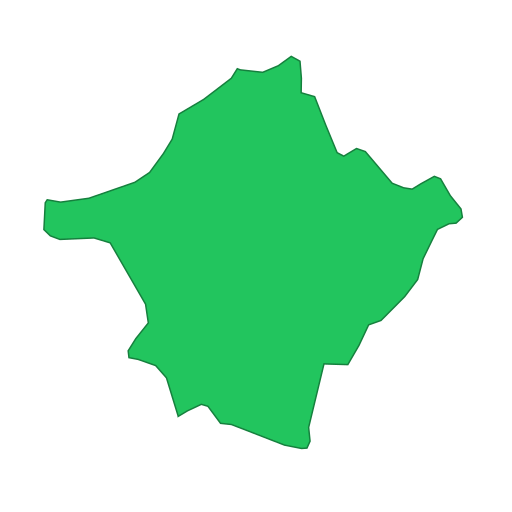 SVG path tracing the border of Kosovo, rotated 85°
{"feature_id": "XKX", "entity_name": "Kosovo", "entity_type": "country or territory", "adm_level": 0, "iso_a3": "XKX", "parent_name": "Europe", "parent_adm1": "", "projection": "equal_earth", "projection_center": [20.84, 42.557], "detail": "fine", "context": "isolated", "style": "filled", "palette": "green", "viewbox_px": 512, "rotation_deg": 85, "n_neighbors": 0, "source": "natural_earth", "source_scale": "50m", "svg_char_len": 1011}
<svg xmlns="http://www.w3.org/2000/svg" viewBox="0 0 512 512"><g transform="rotate(85 256 256)"><path d="M131.8,175.1L160.1,166.2L164.2,159.9L157.7,146.5L161.5,138.0L195.4,114.0L200.9,103.1L203.0,94.6L198.5,85.6L192.2,71.4L195.2,65.4L212.8,57.2L227.0,47.7L235.4,47.0L240.7,53.8L240.7,60.9L245.3,72.9L255.8,79.3L273.3,89.8L293.5,97.0L309.4,111.4L331.1,137.1L334.4,149.8L354.0,161.2L372.2,174.0L369.4,197.7L431.3,218.5L445.2,218.3L451.8,222.0L451.7,227.4L446.9,244.0L421.7,295.2L419.6,305.9L401.5,317.0L399.0,323.4L404.2,337.6L409.0,347.5L408.6,347.5L369.6,355.8L356.4,365.5L348.7,382.5L346.2,391.4L339.3,391.6L327.8,382.9L313.3,369.1L294.4,370.2L230.2,400.1L223.9,415.8L222.4,449.9L218.0,459.1L211.2,465.0L184.6,461.3L181.8,459.1L185.3,446.0L183.9,417.4L172.0,370.2L163.5,354.7L145.9,339.3L132.3,329.3L107.8,320.3L95.4,294.4L76.8,265.1L67.8,258.3L69.2,255.4L73.6,233.3L68.4,217.2L60.2,203.5L65.8,195.2L83.0,195.3L97.3,196.8L102.4,183.7L131.8,175.1Z" fill="#22c55e" stroke="#15803d" stroke-width="1.5"/></g></svg>